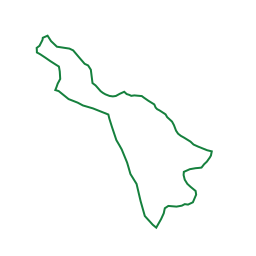 Oke Ero, Kwara, Nigeria (Mercator projection), rotated 82°
{"feature_id": "59680162B41605859942250", "entity_name": "Oke Ero", "entity_type": "district", "adm_level": 2, "iso_a3": "NGA", "parent_name": "Nigeria", "parent_adm1": "Kwara", "projection": "mercator", "projection_center": [5.236, 8.179], "detail": "fine", "context": "isolated", "style": "outline", "palette": "green", "viewbox_px": 256, "rotation_deg": 82, "n_neighbors": 0, "source": "geoboundaries", "source_scale": "gbopen_adm2", "svg_char_len": 1429}
<svg xmlns="http://www.w3.org/2000/svg" viewBox="0 0 256 256"><g transform="rotate(82 128 128)"><path d="M26.8,199.8L28.8,200.4L29.0,200.5L34.3,204.2L36.0,207.3L37.8,207.4L40.5,207.7L41.9,205.8L43.0,204.4L47.0,199.9L50.6,196.0L50.8,195.8L55.6,190.2L57.5,187.9L59.3,187.8L62.5,187.7L70.0,188.3L71.3,189.3L71.8,189.6L74.2,191.4L77.5,193.1L80.3,194.7L81.8,191.5L91.1,182.8L95.9,174.3L99.4,169.5L103.7,160.0L111.9,145.6L115.9,145.2L124.4,143.8L138.4,141.2L144.0,138.9L148.4,137.2L162.1,133.7L167.5,132.9L173.9,132.0L184.6,127.3L202.2,125.7L217.5,123.6L227.2,117.0L230.6,113.9L222.8,107.9L218.1,104.9L217.5,104.5L212.6,102.7L210.8,98.9L212.6,90.9L212.4,85.5L211.3,82.4L212.2,79.2L210.6,74.1L203.5,69.8L199.8,69.8L194.9,74.3L191.6,77.0L187.1,79.0L182.3,79.5L179.2,78.8L177.4,72.5L177.2,66.7L177.4,62.9L177.4,60.7L174.5,57.7L172.3,54.6L168.5,51.0L166.8,49.7L162.8,48.3L161.0,52.8L156.1,61.3L153.5,65.4L150.2,68.0L145.3,73.9L143.1,76.8L140.6,79.2L137.3,80.8L131.6,82.1L127.8,83.5L122.7,87.7L119.7,88.9L114.9,94.4L113.4,96.5L111.6,97.8L108.3,98.7L103.8,104.1L100.2,108.0L98.3,109.9L96.6,117.2L96.6,120.3L95.4,122.1L94.2,124.6L91.6,126.7L93.0,131.4L94.6,135.6L94.6,138.6L93.7,141.8L91.5,145.7L89.7,148.0L87.7,150.0L83.7,152.6L81.3,154.2L78.6,156.9L65.1,156.7L60.5,158.8L58.4,162.0L51.4,166.5L43.5,171.5L41.2,175.0L37.6,187.1L32.9,190.8L31.3,192.1L29.5,192.9L25.4,194.8L26.8,199.8Z" fill="none" stroke="#15803d" stroke-width="2"/></g></svg>